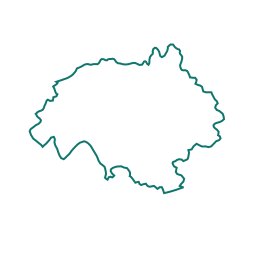 outline of Iwye, Grodno, Belarus, rotated 162°
{"feature_id": "67162791B89656925241953", "entity_name": "Iwye", "entity_type": "district", "adm_level": 2, "iso_a3": "BLR", "parent_name": "Belarus", "parent_adm1": "Grodno", "projection": "orthographic", "projection_center": [25.918, 54.018], "detail": "fine", "context": "isolated", "style": "outline", "palette": "teal", "viewbox_px": 256, "rotation_deg": 162, "n_neighbors": 0, "source": "geoboundaries", "source_scale": "gbopen_adm2", "svg_char_len": 3492}
<svg xmlns="http://www.w3.org/2000/svg" viewBox="0 0 256 256"><g transform="rotate(162 128 128)"><path d="M93.4,54.5L94.3,54.8L96.7,56.9L94.9,58.3L92.0,59.8L90.3,62.3L91.8,66.4L95.4,69.0L96.1,71.4L94.0,75.2L96.1,77.3L96.6,80.6L95.6,81.8L93.3,81.8L91.4,82.5L89.0,82.5L86.6,81.3L85.6,79.4L81.1,79.9L79.7,81.6L77.6,85.6L77.4,88.3L74.1,88.0L71.2,90.4L67.7,91.8L65.1,89.2L63.4,87.6L59.6,86.4L57.5,85.0L55.1,84.8L54.6,84.8L48.1,88.2L45.1,88.3L43.3,89.4L43.2,91.6L44.6,93.3L43.9,94.4L43.0,96.3L43.9,98.9L45.3,100.8L46.1,102.8L45.7,104.4L44.0,105.3L41.9,105.5L39.5,105.3L36.6,105.6L34.0,106.7L33.5,109.3L33.5,112.2L35.0,114.6L36.1,116.2L38.0,117.7L38.8,120.4L37.5,122.4L35.1,123.7L35.2,125.9L36.5,128.3L37.4,133.0L37.7,136.2L40.3,137.1L43.0,137.9L45.1,139.5L45.0,142.4L44.9,144.3L46.2,146.0L48.5,147.6L50.2,149.2L48.9,150.8L47.8,152.6L48.6,155.0L50.7,155.7L53.4,157.0L53.3,159.3L53.6,161.0L53.8,162.8L54.2,164.1L55.8,165.3L57.7,165.8L58.9,166.6L59.3,168.0L59.4,169.8L59.0,171.7L57.8,173.2L56.2,175.3L55.0,177.3L54.4,179.3L54.9,180.9L55.5,182.2L55.5,183.6L54.7,185.4L55.1,186.9L56.4,187.7L57.8,189.4L58.6,191.0L59.0,192.3L59.3,193.4L61.9,194.3L65.0,192.9L65.8,190.8L67.1,188.9L69.0,187.3L70.9,185.5L73.9,184.9L75.1,186.6L75.0,188.6L74.8,190.7L75.3,193.2L76.4,195.3L77.7,196.0L79.5,195.3L81.0,193.0L81.0,192.0L81.8,190.7L83.2,190.1L84.9,188.9L85.9,187.5L86.8,185.6L87.7,183.0L89.0,181.8L89.9,183.0L90.4,185.5L91.1,186.2L92.3,186.2L93.9,184.7L95.1,183.9L97.8,184.5L99.2,186.0L101.2,187.7L103.1,188.3L106.0,188.5L108.3,188.6L111.1,189.3L113.1,190.2L114.8,191.3L116.0,192.1L117.3,192.5L118.8,194.3L119.3,196.1L119.9,197.7L121.4,198.7L122.5,198.8L124.6,199.4L125.9,199.4L127.2,198.9L128.4,199.4L129.7,200.8L131.7,201.7L132.9,201.2L134.4,199.9L135.3,198.9L137.1,198.1L140.0,199.1L141.6,199.5L143.3,199.5L144.8,200.1L146.3,201.2L148.5,201.7L150.1,201.6L151.5,201.3L153.0,200.9L156.5,200.5L158.0,200.5L159.0,199.5L159.9,198.5L161.2,197.5L162.8,196.6L164.1,195.8L166.6,195.0L168.7,194.5L170.8,194.2L173.0,194.2L175.4,194.1L178.0,194.1L182.0,194.1L181.0,192.7L182.4,191.7L186.3,190.6L185.9,188.2L185.9,185.4L185.7,183.1L184.7,181.9L186.2,180.3L188.1,180.3L189.5,180.3L189.9,179.3L191.0,177.3L193.8,177.9L195.5,179.7L196.8,179.3L199.2,176.2L200.5,175.0L201.7,173.3L203.1,171.9L204.7,171.4L207.0,171.4L208.7,171.2L211.2,170.0L211.1,169.9L211.0,167.9L210.5,166.4L209.0,164.2L208.4,162.3L209.5,160.7L211.9,159.6L215.0,159.1L217.3,158.2L220.9,157.0L222.5,155.4L222.4,151.4L221.4,147.2L219.6,144.6L217.5,141.3L215.7,138.6L215.0,136.5L212.6,137.7L210.7,138.4L208.5,139.7L206.0,141.2L204.3,142.6L202.7,142.6L201.3,142.5L201.0,140.4L201.5,138.8L202.4,137.1L202.5,133.8L201.8,130.1L201.8,126.3L201.6,123.0L200.9,120.1L198.8,118.2L197.0,118.9L194.3,120.3L191.7,121.5L188.2,124.1L184.1,126.4L180.9,128.0L178.0,128.9L174.0,128.9L172.3,127.9L170.5,125.6L169.1,122.7L168.2,119.0L167.5,115.7L166.5,111.7L166.1,107.9L166.1,106.0L165.2,102.7L163.7,100.6L162.3,98.4L162.3,96.5L162.6,93.5L163.1,91.1L165.2,87.8L164.3,86.1L163.4,85.2L161.5,87.1L159.8,87.1L158.3,85.9L157.0,86.3L155.8,87.0L157.2,89.6L157.8,92.3L157.1,93.9L154.6,94.8L150.5,94.8L146.2,93.6L144.1,91.7L141.3,90.1L140.1,86.7L139.9,84.6L140.9,82.0L141.2,81.7L140.1,80.3L139.0,77.2L138.4,75.3L137.9,73.7L136.3,73.7L134.5,73.5L134.3,71.1L133.1,69.7L131.1,69.8L128.2,69.5L127.3,66.8L125.7,65.5L123.9,65.2L121.2,64.9L119.9,62.9L118.8,61.0L116.1,61.9L114.1,61.2L113.8,58.6L113.8,54.9L108.7,54.5L101.9,54.3L93.4,54.5Z" fill="none" stroke="#0f766e" stroke-width="2"/></g></svg>